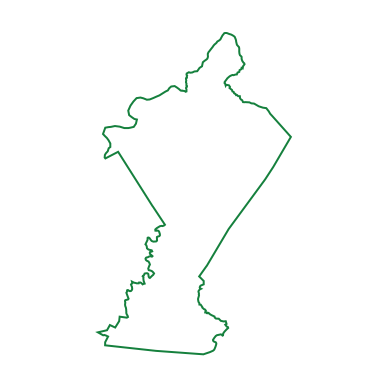 San Bartolo Yautepec, Oaxaca, Mexico (orthographic projection), rotated 95°
{"feature_id": "50627088B31711328181350", "entity_name": "San Bartolo Yautepec", "entity_type": "district", "adm_level": 2, "iso_a3": "MEX", "parent_name": "Mexico", "parent_adm1": "Oaxaca", "projection": "orthographic", "projection_center": [-95.928, 16.426], "detail": "fine", "context": "isolated", "style": "outline", "palette": "green", "viewbox_px": 384, "rotation_deg": 95, "n_neighbors": 0, "source": "geoboundaries", "source_scale": "gbopen_adm2", "svg_char_len": 5083}
<svg xmlns="http://www.w3.org/2000/svg" viewBox="0 0 384 384"><g transform="rotate(95 192 192)"><path d="M352.7,166.5L349.9,160.1L348.2,157.1L347.1,156.1L345.3,155.5L344.0,155.1L341.7,154.6L340.6,154.6L339.7,155.2L339.0,157.3L338.3,158.0L337.5,158.2L335.4,157.1L333.4,155.8L332.5,154.7L331.3,150.8L331.6,150.0L332.4,149.1L332.1,148.6L330.2,148.6L328.3,147.5L325.9,145.6L324.3,144.1L323.5,144.4L323.3,144.7L323.1,145.6L321.3,147.3L320.4,146.1L317.8,147.1L318.2,149.3L317.8,152.1L315.9,154.3L316.0,157.1L315.1,158.4L314.1,158.7L313.4,160.6L313.1,161.5L312.3,163.3L311.0,165.0L310.9,165.8L311.4,165.9L311.4,167.0L310.4,167.6L310.6,168.3L309.8,168.2L308.9,167.9L307.9,168.9L307.6,169.9L306.2,171.7L305.7,171.7L303.5,173.5L303.5,174.8L302.1,175.0L300.8,176.0L298.5,176.6L297.5,176.6L295.6,176.2L294.1,176.0L293.5,176.3L292.7,176.2L291.7,176.5L290.8,176.9L290.0,176.8L289.6,176.5L288.6,176.0L288.2,175.5L287.6,174.5L287.1,175.7L286.4,176.0L285.5,175.8L284.9,175.5L284.5,175.2L283.6,173.5L283.0,172.3L279.6,172.6L275.5,177.5L264.6,171.1L264.4,170.9L225.6,152.2L173.0,120.2L161.6,114.1L159.9,113.2L128.5,98.3L109.2,118.8L107.3,120.9L104.9,122.6L102.0,125.3L101.8,128.7L100.8,133.0L98.5,137.9L98.5,140.6L97.7,142.6L97.8,146.1L98.0,148.2L98.0,149.0L96.2,150.0L95.6,151.3L94.4,152.3L92.4,152.7L92.5,154.4L91.5,155.5L91.7,156.5L90.4,157.3L90.3,158.1L89.9,158.7L88.7,159.2L88.3,160.5L86.8,161.1L86.3,162.0L85.1,163.7L84.0,163.3L82.5,164.5L82.2,167.3L83.1,167.7L80.8,168.6L80.7,169.0L79.7,169.1L77.5,167.8L76.6,167.2L75.9,166.9L74.5,165.6L73.4,164.5L72.5,163.1L71.9,161.9L72.0,160.7L71.2,159.0L71.0,157.6L69.0,157.0L68.3,155.4L66.4,155.2L65.4,153.6L64.0,153.4L64.4,152.3L62.3,152.1L60.1,150.8L59.2,151.2L58.6,152.1L57.9,152.6L57.1,153.3L55.6,154.0L54.8,154.2L53.7,154.3L53.0,154.4L52.4,155.0L51.6,156.1L50.8,156.5L50.0,156.8L47.9,157.2L46.2,157.3L44.6,157.5L43.5,157.9L42.8,158.7L41.4,160.1L38.4,161.1L37.3,161.3L36.0,161.8L33.7,163.0L32.9,164.2L32.2,165.6L31.7,166.9L31.4,168.5L31.1,169.5L30.7,170.8L30.6,171.5L30.7,173.0L31.1,173.8L32.0,174.3L33.4,175.3L36.7,176.7L37.5,177.0L38.6,178.1L39.2,178.9L39.9,179.9L40.5,180.2L41.5,180.8L42.5,181.8L43.2,182.5L44.6,183.5L45.3,183.8L48.2,185.7L50.4,187.1L51.2,187.7L52.0,188.0L53.0,188.3L54.0,188.2L55.8,187.9L57.0,188.1L57.9,188.4L58.7,189.1L60.1,190.8L61.8,192.5L65.9,193.0L67.7,195.3L71.2,197.3L71.7,200.1L72.9,202.1L73.3,204.1L73.0,205.6L74.4,207.6L75.7,207.7L76.4,207.0L77.2,207.2L78.5,207.0L78.6,207.6L79.5,207.9L80.9,207.6L81.7,207.4L82.6,207.6L83.5,207.5L84.3,207.0L86.2,206.9L86.7,206.3L87.6,206.2L88.1,206.9L89.1,207.0L90.1,206.5L90.9,206.4L92.3,206.3L92.7,207.1L92.1,208.1L92.0,208.9L92.0,209.9L92.0,210.7L91.8,210.9L92.0,211.4L91.9,212.2L90.6,213.9L89.2,216.2L88.0,218.5L88.7,221.9L90.6,223.7L92.9,224.9L94.2,227.1L98.6,232.9L100.0,235.6L101.8,238.8L103.5,242.2L104.0,245.0L102.9,248.6L102.4,251.6L103.3,255.4L106.9,258.2L111.3,260.8L116.5,262.6L120.9,261.3L122.7,258.5L124.3,255.7L124.6,253.2L128.8,253.8L132.2,255.7L133.3,259.0L133.9,261.1L134.2,265.0L133.2,269.7L133.0,274.5L134.2,278.5L134.7,281.1L135.5,284.0L142.0,285.7L143.9,283.6L145.6,281.5L147.8,279.6L150.8,277.6L154.3,277.3L155.7,278.8L158.8,279.5L161.0,281.2L162.7,282.0L165.3,282.0L166.1,281.2L158.4,269.1L209.5,230.1L209.9,229.7L227.0,216.1L227.8,216.9L228.5,218.3L228.4,219.4L228.9,221.0L231.1,224.0L232.5,225.3L233.7,225.1L233.7,224.1L233.4,222.8L233.8,221.8L234.6,221.2L236.8,220.3L238.0,220.2L238.8,220.7L239.5,222.4L239.9,223.0L240.5,223.0L243.5,222.6L244.4,223.5L244.8,226.2L244.3,227.9L243.1,229.1L241.7,230.2L241.2,231.1L241.2,231.8L241.5,232.2L242.4,232.2L243.6,232.1L248.2,233.8L249.0,232.9L250.0,232.4L252.1,231.9L253.1,230.4L253.4,228.7L253.6,227.1L254.6,226.5L255.0,227.3L255.4,228.5L256.4,228.8L257.5,228.3L258.5,226.8L259.3,225.8L259.9,226.3L259.6,227.8L259.9,228.9L260.7,230.1L261.1,231.0L261.2,231.7L261.7,232.2L262.5,232.5L263.6,232.1L264.4,231.1L265.1,229.2L266.4,228.3L268.0,227.6L269.1,228.1L270.8,228.6L272.2,228.9L273.6,228.3L273.9,226.3L274.3,225.1L275.0,224.1L276.4,222.7L277.9,223.4L278.9,224.4L279.9,225.3L280.8,226.0L281.3,226.5L281.0,227.2L280.1,227.8L279.1,228.0L277.5,228.4L276.9,229.2L276.9,230.4L277.4,232.1L279.2,232.7L279.8,233.6L280.3,233.8L281.1,232.9L282.6,232.9L284.9,232.4L287.4,231.2L287.7,232.0L287.9,232.6L288.3,233.1L287.8,233.7L287.1,234.5L286.7,235.4L286.8,236.9L287.6,237.1L287.8,239.1L287.5,240.5L287.5,241.1L287.2,242.3L286.5,244.0L288.1,243.5L288.8,244.1L289.4,244.7L290.6,244.2L291.8,243.5L293.9,243.1L294.9,243.4L295.8,244.0L296.2,245.1L295.9,246.2L295.4,246.8L295.3,247.6L295.6,248.1L296.9,248.0L298.1,248.6L302.2,246.7L303.8,245.9L304.5,246.2L304.8,246.9L305.1,247.7L305.3,248.3L305.5,248.9L305.9,249.2L306.6,249.2L308.2,248.8L309.7,248.9L310.3,248.8L311.3,248.6L313.2,247.7L314.9,247.3L315.8,247.2L316.8,247.0L318.3,246.9L319.7,246.3L320.8,245.4L322.1,244.9L322.7,245.9L322.9,245.3L322.5,253.2L327.0,253.3L333.7,256.7L331.7,262.2L337.1,264.6L340.0,273.5L342.5,268.0L342.1,266.9L342.5,265.1L343.0,263.9L343.3,263.0L349.2,265.4L352.3,265.2L353.4,214.0L352.7,166.5Z" fill="none" stroke="#15803d" stroke-width="2"/></g></svg>